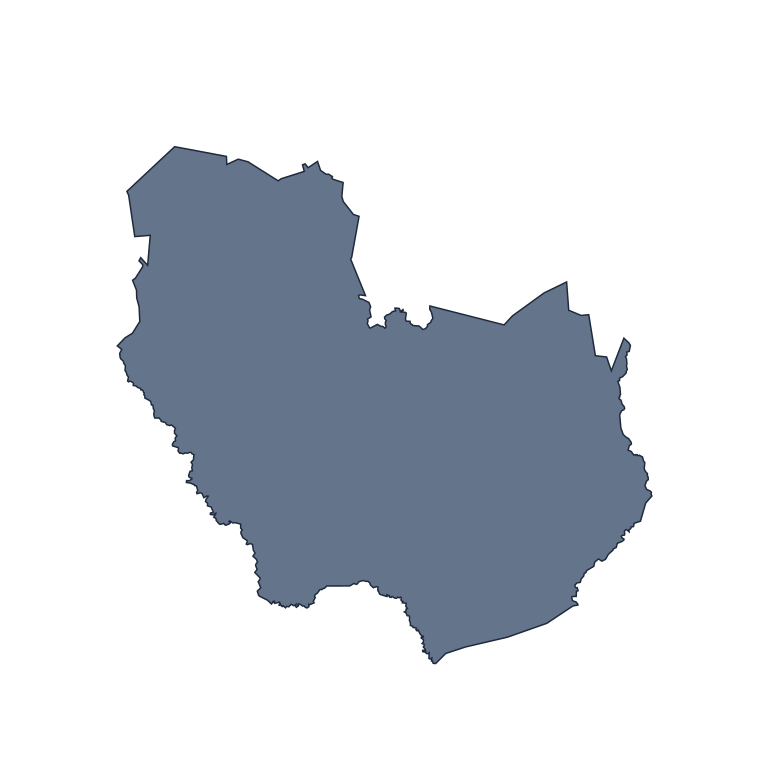 Pueblo Nuevo, Durango, Mexico (Robinson projection), rotated 345°
{"feature_id": "50627088B37596930660354", "entity_name": "Pueblo Nuevo", "entity_type": "district", "adm_level": 2, "iso_a3": "MEX", "parent_name": "Mexico", "parent_adm1": "Durango", "projection": "robinson", "projection_center": [-105.379, 23.455], "detail": "fine", "context": "isolated", "style": "filled", "palette": "slate", "viewbox_px": 768, "rotation_deg": 345, "n_neighbors": 0, "source": "geoboundaries", "source_scale": "gbopen_adm2", "svg_char_len": 6171}
<svg xmlns="http://www.w3.org/2000/svg" viewBox="0 0 768 768"><g transform="rotate(345 384 384)"><path d="M243.2,100.6L185.5,131.4L186.2,135.7L181.4,177.1L196.7,179.9L186.4,208.2L181.7,199.0L179.2,201.7L181.8,206.1L181.3,208.2L171.2,217.5L168.0,218.7L169.2,229.3L167.4,236.9L167.4,246.1L164.3,260.4L154.2,269.8L145.8,272.4L136.2,278.2L139.6,282.7L136.6,286.1L136.0,289.8L136.2,291.5L138.1,294.5L138.0,297.0L139.0,299.3L137.3,304.1L138.1,306.0L138.0,308.7L139.0,311.2L137.1,314.7L137.8,315.8L139.5,315.5L141.7,317.5L142.2,318.4L141.4,320.5L144.4,322.0L145.0,323.5L147.6,325.2L147.7,326.9L148.8,327.0L149.5,328.1L149.5,329.6L150.1,330.4L149.3,332.1L149.9,333.7L149.4,335.7L153.5,339.5L154.2,341.2L153.9,344.0L155.0,344.4L155.2,345.4L154.8,348.1L155.3,350.3L153.7,353.8L153.7,357.5L158.0,358.7L159.3,361.6L159.1,362.4L163.0,364.8L163.5,367.0L166.0,368.6L168.1,368.6L171.1,372.8L169.6,374.7L168.9,377.2L170.5,380.5L168.3,382.2L167.9,384.9L166.1,385.3L164.0,387.4L163.8,389.1L168.7,392.2L168.8,393.3L167.7,395.3L168.8,398.1L170.3,398.3L171.8,399.5L174.0,399.2L176.5,400.0L178.9,399.8L180.1,400.4L180.5,401.8L182.1,403.0L180.3,407.9L177.4,409.6L178.2,412.0L176.6,415.3L176.5,418.2L174.1,418.1L171.6,421.8L171.5,423.1L172.6,424.5L174.0,425.1L174.0,425.9L171.2,427.0L168.3,426.2L167.6,428.0L171.2,429.5L174.9,432.4L174.8,433.1L176.4,433.8L176.6,438.4L174.9,440.3L175.0,441.6L178.2,441.5L179.8,442.4L180.6,447.2L183.6,446.3L185.1,446.9L182.1,449.5L181.2,451.3L182.8,453.7L181.9,455.9L185.2,458.1L185.9,463.3L185.6,463.9L183.0,463.7L182.5,465.1L186.1,466.5L187.5,465.2L188.2,465.4L185.1,468.6L186.9,470.5L186.6,472.3L188.4,476.2L189.4,477.2L193.1,477.2L194.1,479.2L195.2,479.5L199.0,478.9L199.6,478.2L198.7,476.9L199.5,476.3L202.1,479.2L204.3,479.4L209.3,482.3L208.2,486.2L209.4,488.1L207.8,489.4L207.1,491.2L207.9,496.0L211.2,499.7L211.3,500.5L209.5,503.0L210.4,503.8L213.4,503.5L215.4,504.9L214.8,510.8L215.7,513.9L212.8,516.4L215.4,520.4L215.7,523.3L213.8,524.6L213.0,526.2L213.5,530.2L210.4,532.6L214.1,539.2L213.7,540.5L211.3,542.4L212.2,548.9L208.0,551.3L208.2,555.6L208.8,556.7L215.5,562.7L218.4,567.4L220.9,565.2L222.0,565.6L221.3,567.0L221.7,567.6L226.5,567.7L227.0,569.7L225.9,569.6L225.5,570.6L227.0,570.9L228.0,572.6L229.1,572.0L230.9,574.7L232.4,573.6L234.4,574.6L237.3,572.7L239.2,574.6L240.4,574.9L241.8,574.2L241.1,575.6L241.5,577.0L244.0,576.1L243.6,575.0L244.4,574.2L246.1,575.2L248.0,577.5L249.4,577.7L250.2,579.4L251.6,580.4L253.9,579.6L254.3,577.3L255.4,577.9L259.8,577.3L259.6,575.5L262.4,572.4L262.0,571.4L262.6,569.8L265.5,568.8L268.9,566.0L270.8,566.5L271.5,565.9L273.7,565.9L276.5,564.3L298.7,570.2L303.1,568.9L305.8,570.5L308.8,568.5L310.0,568.4L313.4,568.6L315.6,570.1L317.5,570.4L318.9,572.9L318.8,574.5L321.0,578.0L324.4,577.8L325.6,578.5L324.5,582.1L325.1,582.8L325.3,585.4L325.9,586.3L331.7,590.0L332.3,588.3L333.1,589.1L332.9,589.8L334.4,589.9L334.4,591.4L335.6,592.0L336.8,591.3L339.0,593.6L340.7,594.2L342.0,593.4L343.5,594.5L344.9,594.2L345.4,595.3L344.6,596.6L344.6,597.9L346.0,599.0L345.1,600.1L348.7,601.5L347.5,604.5L348.5,606.9L347.0,607.2L346.4,609.0L344.7,609.4L346.0,610.6L346.4,613.8L348.0,614.3L348.5,615.3L347.3,619.2L347.7,621.3L347.0,624.1L349.1,625.5L349.0,626.6L352.1,628.2L351.3,629.5L351.7,630.7L352.3,631.0L353.2,630.4L354.3,635.2L355.5,637.2L356.6,637.9L356.5,638.6L354.6,638.2L354.1,638.9L356.0,641.2L355.2,643.4L353.6,644.6L355.4,645.8L354.9,647.5L353.9,648.2L355.2,650.9L354.4,651.7L352.4,651.3L352.2,652.6L354.1,653.5L355.0,652.8L354.9,654.8L355.7,655.6L356.8,655.9L358.0,655.3L356.4,660.7L357.4,661.7L359.3,661.1L358.2,663.9L359.2,664.2L359.2,666.5L361.5,667.4L373.8,660.3L394.6,659.1L437.7,660.5L479.4,657.3L509.0,647.3L514.1,647.7L514.2,646.8L513.1,644.2L510.0,642.1L510.0,638.7L510.8,638.0L514.7,638.9L516.2,634.1L518.0,633.9L517.9,630.7L516.4,630.2L516.1,629.2L516.4,627.6L518.9,626.1L522.3,626.4L524.0,623.3L527.1,621.3L528.3,618.9L530.3,618.4L531.1,617.0L532.3,616.4L539.5,614.4L541.4,610.6L545.9,608.5L548.6,611.5L552.6,610.7L556.7,606.5L561.9,603.9L563.0,602.6L566.0,602.0L568.1,598.3L573.1,597.7L575.3,596.8L575.7,595.9L573.8,593.8L573.8,592.5L575.3,591.9L577.2,592.2L577.9,590.6L577.9,588.9L579.0,587.7L580.6,587.4L582.5,590.2L582.9,588.3L584.9,587.6L585.6,586.0L588.1,586.3L589.6,583.3L596.2,582.9L606.0,566.7L613.8,561.5L613.4,559.6L614.3,557.8L613.2,556.0L610.5,553.9L609.7,549.8L612.5,545.7L614.5,544.8L615.0,542.6L614.7,540.2L615.3,538.8L613.8,535.9L613.4,533.3L615.6,527.3L614.8,525.7L614.8,521.4L612.2,518.9L610.8,519.1L610.2,517.7L609.0,518.1L608.4,517.2L606.8,517.2L605.3,513.1L602.7,511.1L604.9,507.1L607.4,506.1L607.6,504.0L606.0,499.8L604.5,498.6L602.0,494.8L601.4,487.8L603.7,474.7L606.6,471.3L609.1,470.9L610.1,469.9L610.2,468.2L608.8,465.0L608.7,461.0L607.2,459.1L607.7,457.6L608.5,457.5L608.8,456.1L609.7,455.5L611.0,448.3L610.6,442.0L612.5,441.7L612.9,439.4L616.6,438.6L620.9,435.9L621.1,434.7L622.8,432.8L622.8,429.5L623.8,427.6L624.7,422.9L624.4,419.9L626.2,419.0L626.8,416.0L629.3,416.0L632.0,410.6L631.2,407.7L627.6,401.8L607.0,430.1L606.0,415.5L595.5,411.4L599.7,370.0L592.2,368.8L581.5,360.6L586.8,332.7L562.4,337.4L525.8,351.4L515.3,358.0L448.5,320.5L447.5,323.7L448.4,326.9L448.2,333.3L445.6,335.4L445.2,336.5L441.3,337.9L440.9,339.6L438.5,341.2L435.8,341.5L432.8,337.0L426.8,334.9L426.6,333.9L425.0,332.2L425.4,330.2L421.7,329.0L421.4,327.2L423.9,321.3L423.0,320.2L419.3,318.9L421.7,317.7L421.6,317.0L418.6,318.3L418.4,315.1L415.8,313.9L414.1,313.6L414.1,316.3L413.6,316.5L412.4,316.1L410.3,316.5L407.7,317.9L404.4,318.1L401.8,319.5L401.7,321.5L402.6,323.3L401.3,324.7L400.7,327.0L401.0,329.1L399.5,330.4L397.5,327.9L396.2,327.7L393.0,324.7L385.4,326.4L384.6,326.1L383.5,321.3L384.9,318.9L384.8,317.1L388.9,315.8L389.2,308.8L391.1,305.9L390.6,301.4L384.6,296.1L382.9,295.6L382.2,294.4L382.4,291.9L384.1,291.8L389.0,293.9L384.1,254.7L385.4,253.6L403.3,215.6L398.3,212.3L391.9,197.2L391.8,191.9L396.7,178.8L387.8,173.1L386.8,171.7L387.9,170.4L384.8,167.0L382.3,166.4L378.0,161.2L377.4,151.8L366.7,155.4L364.8,150.9L362.0,151.2L362.0,158.0L337.8,159.1L334.4,160.4L310.2,134.2L301.4,129.1L289.0,131.3L290.7,123.4L243.2,100.6Z" fill="#64748b" stroke="#1e293b" stroke-width="1.5"/></g></svg>